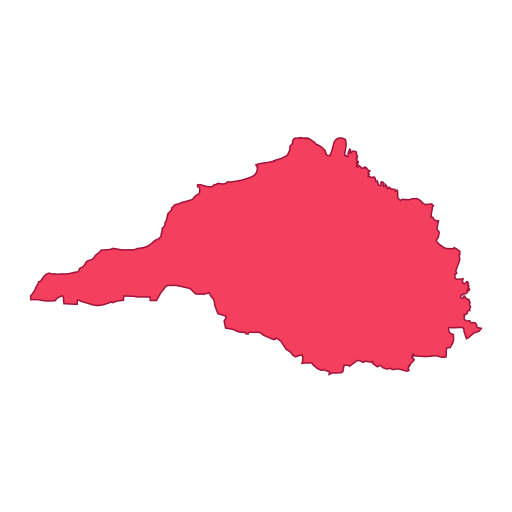 Juan De Acosta, Atlántico, Colombia
{"feature_id": "7082276B48285719364233", "entity_name": "Juan De Acosta", "entity_type": "district", "adm_level": 2, "iso_a3": "COL", "parent_name": "Colombia", "parent_adm1": "Atlántico", "projection": "orthographic", "projection_center": [-75.078, 10.827], "detail": "fine", "context": "isolated", "style": "filled", "palette": "rose", "viewbox_px": 512, "rotation_deg": 0, "n_neighbors": 0, "source": "geoboundaries", "source_scale": "gbopen_adm2", "svg_char_len": 6083}
<svg xmlns="http://www.w3.org/2000/svg" viewBox="0 0 512 512"><path d="M462.9,278.6L462.4,279.0L457.2,279.3L455.8,278.9L455.0,277.9L455.0,275.6L454.6,274.6L456.5,273.6L456.6,272.5L455.7,271.1L459.6,260.3L459.7,258.6L459.1,254.8L460.0,254.2L459.6,253.0L459.9,251.5L456.8,249.0L454.0,247.6L453.1,248.8L446.5,248.5L444.8,248.0L439.4,244.4L436.8,241.7L436.2,240.2L438.2,237.6L439.2,233.2L438.9,231.5L437.3,229.8L437.0,228.6L438.4,220.7L436.9,220.9L434.8,220.0L433.9,219.4L432.9,217.3L431.0,217.2L431.7,211.2L432.2,209.6L432.2,207.2L433.2,206.3L433.4,205.5L431.5,203.9L425.2,204.6L423.1,203.3L420.5,200.6L417.2,198.6L412.0,198.7L409.4,199.8L402.4,199.3L400.4,200.5L398.3,198.5L397.8,197.6L397.6,191.6L397.2,190.2L396.7,190.4L396.7,190.9L395.0,191.0L394.9,189.4L391.0,188.9L389.6,187.3L389.0,187.4L387.8,188.7L387.2,188.0L386.8,186.1L385.4,184.6L385.4,185.8L384.6,186.4L383.1,185.9L383.6,184.8L383.7,183.1L383.0,182.2L381.6,181.8L380.8,182.6L381.1,184.8L380.1,185.5L379.4,185.5L378.5,184.9L377.3,181.0L376.1,181.8L375.8,181.4L375.3,178.5L374.4,177.1L372.8,177.1L371.2,177.6L369.7,176.6L368.0,176.6L368.1,176.1L369.2,174.3L369.0,173.7L368.2,173.6L368.0,173.1L369.9,170.9L369.1,170.4L368.2,170.5L366.4,167.8L365.7,167.6L364.9,168.0L364.7,167.1L362.8,168.2L362.0,168.2L361.0,167.8L360.4,166.6L358.6,165.4L357.9,165.7L358.2,166.4L358.0,166.9L356.9,167.0L356.7,166.0L357.5,164.5L356.4,162.9L356.7,162.6L358.2,162.8L358.3,161.8L358.2,161.5L356.6,160.9L357.0,159.1L356.1,158.4L357.2,157.4L357.5,156.2L356.1,154.1L356.6,153.0L356.4,152.1L354.8,151.2L352.6,151.2L351.0,152.8L350.2,153.0L350.6,149.9L349.7,149.2L348.1,153.1L348.2,155.5L348.0,156.5L346.8,156.6L345.9,155.4L345.4,155.8L344.8,155.3L344.6,154.2L346.1,145.6L346.0,142.5L345.6,139.9L343.9,138.6L341.5,138.0L338.6,138.1L336.4,139.2L334.3,141.6L331.9,150.6L330.1,155.3L327.6,155.8L326.4,154.3L325.0,150.5L321.9,147.3L317.3,144.5L316.9,145.0L316.3,144.6L314.6,142.4L308.6,138.4L307.8,138.1L307.5,138.7L306.9,138.9L306.9,138.2L305.0,137.9L304.8,138.4L303.4,138.0L301.8,138.3L301.5,137.6L301.2,137.7L301.5,138.2L299.9,138.2L299.8,137.8L297.6,138.2L295.0,138.1L293.4,139.4L292.4,141.8L292.7,142.9L291.8,144.4L290.1,146.0L289.6,150.4L287.6,154.7L286.6,155.7L281.5,158.4L275.1,160.3L274.8,160.9L274.6,160.6L273.6,160.8L272.2,162.0L271.9,161.5L267.4,162.6L264.8,162.8L257.7,164.1L255.9,164.9L256.0,165.5L257.5,166.8L257.1,167.2L257.4,168.4L256.8,171.9L254.7,175.0L251.6,176.9L242.8,179.9L237.3,181.0L231.0,182.0L227.5,181.9L225.3,183.7L222.7,184.0L217.7,183.3L216.1,184.5L214.1,184.7L213.5,185.7L211.6,186.7L207.8,186.8L200.3,184.7L198.2,184.7L197.4,185.1L197.6,186.6L198.8,187.0L199.8,188.5L199.5,193.0L198.2,194.4L196.7,195.0L194.7,196.6L192.9,199.0L191.1,200.0L182.3,202.3L178.7,203.9L176.3,204.3L174.3,205.1L173.8,206.3L171.9,207.6L171.5,210.0L167.9,213.7L166.3,220.7L165.0,222.6L165.1,224.6L164.7,225.7L162.3,228.5L162.0,231.5L161.3,233.6L160.9,236.6L158.5,238.9L154.8,240.5L151.6,243.5L148.1,245.9L143.6,247.7L137.5,248.5L134.1,249.8L122.0,249.9L113.9,248.5L112.2,248.4L111.5,249.1L110.3,249.5L101.0,250.2L100.6,251.2L95.3,255.5L94.4,257.3L92.2,259.4L86.9,261.2L84.3,265.2L82.9,266.8L79.7,268.4L79.2,269.4L79.2,270.1L78.0,271.8L73.6,272.5L70.0,273.5L64.9,274.0L61.1,273.9L57.2,274.3L54.8,273.8L53.0,274.0L52.7,274.4L49.7,273.3L48.4,273.3L45.6,274.7L44.2,276.1L40.2,281.7L39.4,281.4L38.7,281.7L37.8,284.3L36.2,286.8L34.7,290.4L32.2,294.1L30.7,295.8L30.7,299.2L30.9,299.7L37.9,299.6L42.2,300.5L47.2,301.0L53.4,300.9L55.4,300.5L56.7,298.6L57.8,297.8L61.9,295.9L63.0,296.4L63.3,296.9L63.9,303.7L77.2,304.3L77.4,300.2L79.1,300.3L80.8,301.2L92.9,304.9L97.4,305.6L103.3,304.8L109.3,302.8L110.9,301.8L112.4,302.7L117.1,301.0L123.4,300.3L123.8,296.0L133.5,296.3L137.0,296.9L150.1,297.0L150.3,300.5L156.5,300.5L161.0,292.5L166.3,286.0L167.6,285.5L175.6,285.4L179.7,286.1L190.1,288.5L195.1,293.5L195.9,294.0L204.6,294.2L205.7,293.2L207.4,293.6L209.2,292.7L210.9,296.1L213.1,298.8L214.3,301.1L214.7,305.1L217.7,313.2L218.5,313.9L223.2,315.2L226.3,316.5L225.5,318.8L224.1,321.0L225.6,328.1L231.9,329.1L234.7,330.0L236.3,331.0L239.0,332.0L245.6,332.5L245.8,333.7L248.1,334.0L249.0,332.3L259.2,332.3L260.8,333.1L263.6,335.3L273.6,339.6L275.3,339.2L276.1,337.9L280.9,341.2L286.0,349.1L290.8,352.4L292.5,354.8L294.8,356.6L295.7,356.8L299.8,355.3L302.0,355.1L302.7,357.0L302.8,360.3L302.0,363.4L303.9,363.0L309.1,363.0L311.7,362.7L312.4,364.2L317.4,368.6L321.4,370.3L323.4,369.8L329.6,371.8L329.0,374.4L333.0,372.7L335.3,373.1L341.3,372.7L342.9,371.6L344.0,365.2L347.7,365.3L349.4,365.7L349.5,366.2L357.3,360.5L360.4,360.8L363.1,362.4L365.2,361.2L370.8,362.1L372.3,361.3L372.8,361.7L372.5,363.1L372.9,363.6L377.4,366.8L378.5,366.1L380.2,365.5L381.3,365.9L382.8,367.7L387.2,369.1L389.6,368.4L390.8,368.6L392.4,369.6L397.7,368.9L404.5,370.4L406.1,371.2L408.7,370.7L409.1,370.3L408.2,368.6L408.6,366.0L409.0,365.5L409.4,366.2L410.9,363.4L413.9,360.3L414.1,359.6L413.5,358.4L412.5,358.4L411.7,356.8L413.0,354.1L413.9,354.0L413.0,354.5L412.4,356.1L414.9,355.9L426.2,356.6L436.1,355.7L441.9,357.3L446.1,356.9L446.3,350.6L446.8,347.7L450.1,347.7L452.8,342.8L453.6,339.9L453.4,334.7L450.3,333.2L449.3,332.3L448.6,329.4L448.9,327.4L452.1,327.8L461.3,327.4L463.5,328.2L463.9,329.1L464.0,331.4L466.4,338.7L468.5,337.6L474.0,333.0L478.8,331.4L480.9,329.1L481.3,328.3L476.9,327.5L476.7,324.9L475.2,322.8L472.4,322.6L471.9,323.1L471.2,323.1L469.7,320.7L466.5,321.1L464.0,318.9L464.5,316.0L463.9,314.9L464.3,314.5L465.3,314.7L467.5,313.3L467.4,311.7L467.8,310.7L469.9,310.6L469.5,309.0L470.6,306.8L469.4,304.7L469.4,303.9L470.1,302.5L469.1,301.1L469.2,299.9L468.3,299.8L468.0,299.1L466.7,298.7L464.9,297.0L464.7,296.1L464.0,296.1L462.9,297.9L462.0,298.4L461.6,298.4L460.6,297.5L461.2,295.0L461.6,294.8L462.5,294.9L463.4,294.0L465.9,293.7L467.6,292.2L467.5,291.4L466.9,290.7L467.1,290.2L467.7,290.0L467.9,289.5L468.6,290.5L469.2,290.5L469.4,290.0L469.5,289.0L468.3,287.5L468.9,286.0L467.8,285.3L467.9,284.5L468.5,283.8L467.5,281.7L466.5,281.7L465.6,283.2L464.1,283.6L463.1,283.4L462.4,280.7L463.1,279.2L462.9,278.6Z" fill="#f43f5e" stroke="#9f1239" stroke-width="1.5"/></svg>